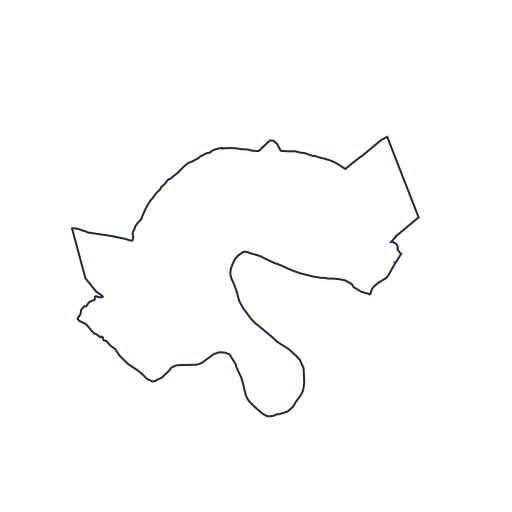 Upper Fuladu West, Central River, Gambia (Albers equal-area conic projection), rotated 140°
{"feature_id": "56634734B91081024976770", "entity_name": "Upper Fuladu West", "entity_type": "district", "adm_level": 2, "iso_a3": "GMB", "parent_name": "Gambia", "parent_adm1": "Central River", "projection": "albers", "projection_center": [-14.638, 13.443], "detail": "fine", "context": "isolated", "style": "outline", "palette": "slate", "viewbox_px": 512, "rotation_deg": 140, "n_neighbors": 0, "source": "geoboundaries", "source_scale": "gbopen_adm2", "svg_char_len": 3988}
<svg xmlns="http://www.w3.org/2000/svg" viewBox="0 0 512 512"><g transform="rotate(140 256 256)"><path d="M143.5,164.2L143.6,165.2L143.6,166.1L143.4,168.1L143.4,168.9L143.4,169.2L143.4,169.6L143.1,170.4L143.0,170.6L142.8,170.7L142.3,171.1L142.0,171.4L141.8,171.6L141.6,171.9L141.5,172.0L141.4,172.2L141.1,172.7L141.0,173.2L140.8,175.1L141.1,175.7L141.3,176.5L141.7,177.6L142.4,179.0L142.6,179.3L143.0,179.6L143.4,179.9L139.9,180.4L136.1,180.9L136.2,181.2L106.6,181.1L103.1,191.4L98.0,206.4L90.1,229.9L85.9,242.2L78.9,262.9L85.3,264.3L90.2,264.4L110.8,264.5L112.7,264.8L113.1,264.8L117.9,265.0L123.7,265.2L131.6,265.2L134.1,273.3L135.7,277.7L138.2,282.3L141.2,286.9L142.3,288.3L144.8,291.8L146.3,294.4L148.5,296.6L151.3,301.4L152.5,303.5L154.9,305.9L155.4,306.4L155.7,306.9L158.8,311.2L161.3,313.2L163.3,314.8L164.7,316.1L165.5,316.9L165.6,317.0L168.5,319.7L169.4,320.9L168.9,323.2L167.8,328.2L168.6,333.2L169.1,333.7L171.0,335.5L172.4,335.5L186.6,334.7L191.7,339.6L193.9,342.9L198.6,347.3L201.9,351.2L207.2,356.0L212.2,359.7L212.9,360.0L212.7,360.8L215.8,362.5L219.8,364.3L222.3,364.9L224.9,364.9L228.1,366.6L235.0,368.1L237.5,368.1L242.3,369.0L244.3,369.5L246.3,370.2L247.2,370.5L248.9,370.9L250.4,370.9L252.1,370.8L255.3,370.9L256.4,370.5L258.7,370.5L261.4,370.0L267.1,370.2L267.9,370.3L272.0,370.1L274.2,371.0L274.8,370.8L279.3,369.9L279.9,369.8L283.7,369.8L287.9,368.4L291.1,368.4L295.1,367.6L298.7,366.6L300.7,366.4L304.4,365.4L306.7,364.5L307.0,364.4L310.5,363.0L317.1,359.8L320.3,357.9L325.6,357.3L329.6,356.2L332.3,354.5L334.2,353.8L336.6,352.1L337.4,349.9L340.6,347.3L342.0,348.2L345.3,353.3L351.6,361.3L354.1,364.5L369.8,382.2L370.5,384.1L372.2,386.5L374.5,390.6L377.7,394.5L379.2,395.4L388.4,375.6L401.0,348.6L401.3,331.3L399.4,324.4L399.6,323.3L399.9,323.4L400.9,323.7L401.3,323.9L403.6,326.4L404.4,328.1L405.9,328.1L406.3,327.7L407.6,326.2L412.6,327.7L414.5,327.7L417.6,326.7L418.7,326.7L419.9,327.9L424.7,327.1L427.2,324.8L428.7,323.9L429.9,323.9L430.6,323.3L431.8,323.3L433.1,322.5L433.1,322.3L433.1,319.9L431.6,316.6L430.8,315.1L430.0,312.4L430.0,308.3L430.0,306.9L430.0,305.2L429.8,300.8L429.8,300.3L429.7,300.2L428.9,299.7L428.4,297.8L427.4,293.8L426.4,293.6L426.2,293.6L426.2,293.4L425.6,291.8L425.8,291.6L426.4,291.2L426.6,290.5L426.7,289.9L426.9,289.2L425.2,287.0L425.2,282.9L425.1,281.7L425.1,280.9L423.7,275.1L424.2,270.7L424.6,266.8L423.4,255.4L420.3,244.9L420.1,244.1L418.9,237.6L418.6,232.3L416.0,226.5L414.2,225.3L406.1,223.4L396.1,224.0L392.5,224.9L389.0,224.0L386.3,222.8L385.9,222.5L372.0,211.4L369.3,209.9L366.4,209.0L353.0,208.1L351.5,208.0L346.1,205.9L344.5,204.4L341.9,202.0L340.2,199.1L339.5,196.8L339.9,195.4L340.9,187.3L342.6,182.9L342.8,182.4L345.5,172.2L347.7,167.1L353.5,155.4L354.6,150.3L354.3,143.6L352.5,131.7L350.8,126.8L348.4,124.2L344.7,122.0L342.5,121.7L339.7,119.8L331.9,116.6L329.2,116.6L324.3,116.7L319.4,118.6L311.4,120.5L307.2,122.3L304.3,124.4L300.1,128.4L295.5,134.4L291.6,139.6L289.1,148.4L289.3,150.6L289.4,153.8L290.8,163.7L294.8,176.3L295.8,183.9L296.0,184.9L297.8,194.9L299.8,205.4L300.0,208.0L300.1,211.7L300.1,213.9L299.6,219.0L299.6,222.8L298.8,227.4L297.9,232.0L297.5,232.9L293.7,241.1L291.0,248.4L289.3,254.7L288.6,256.0L287.4,258.6L283.9,262.1L278.4,265.3L273.7,267.2L269.5,267.9L269.3,267.7L264.1,267.5L262.0,266.8L261.3,265.9L259.2,263.2L258.8,262.3L258.7,261.9L255.0,256.6L253.6,254.3L252.9,253.2L252.4,252.1L249.9,246.3L249.7,245.8L249.0,244.3L248.9,244.0L247.8,241.8L247.6,241.2L246.9,239.8L244.9,236.3L243.3,233.6L240.7,228.0L239.3,225.1L238.1,222.8L236.4,219.6L232.2,212.8L230.9,211.1L225.3,203.3L222.1,199.8L220.1,197.3L217.0,194.7L215.5,192.5L212.7,190.2L211.6,189.3L207.3,184.9L203.4,180.1L200.7,173.0L201.2,169.0L200.7,167.8L199.1,163.0L198.3,160.8L194.1,154.7L194.0,153.8L193.6,153.7L192.8,153.3L188.9,156.0L185.0,156.9L179.6,156.9L179.4,156.8L171.3,155.6L169.5,155.6L167.3,156.0L160.3,158.7L153.9,161.1L153.9,161.3L153.7,161.1L143.8,164.2L143.5,164.2Z" fill="none" stroke="#1e293b" stroke-width="2"/></g></svg>